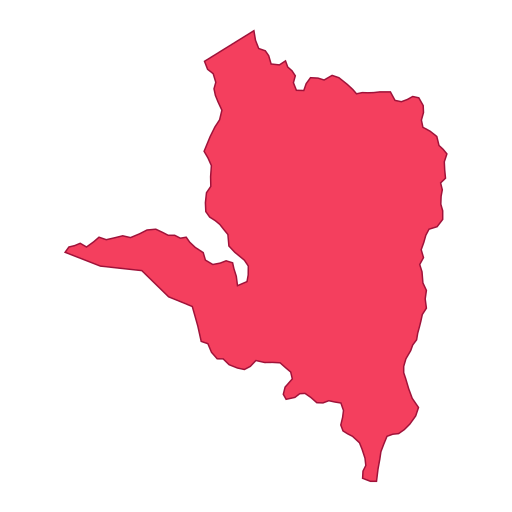 the district of Braço do Norte, Santa Catarina, Brazil
{"feature_id": "56859067B64093274156036", "entity_name": "Braço do Norte", "entity_type": "district", "adm_level": 2, "iso_a3": "BRA", "parent_name": "Brazil", "parent_adm1": "Santa Catarina", "projection": "mercator", "projection_center": [-49.147, -28.249], "detail": "fine", "context": "isolated", "style": "filled", "palette": "rose", "viewbox_px": 512, "rotation_deg": 0, "n_neighbors": 0, "source": "geoboundaries", "source_scale": "gbopen_adm2", "svg_char_len": 2440}
<svg xmlns="http://www.w3.org/2000/svg" viewBox="0 0 512 512"><path d="M422.9,127.3L421.4,120.1L423.5,112.5L423.2,105.6L418.8,97.8L412.7,96.5L407.3,99.5L401.4,101.7L395.0,100.4L390.4,91.9L379.8,91.9L373.6,92.6L367.9,92.8L362.3,92.6L356.5,93.8L352.8,89.5L347.3,84.4L338.9,77.7L332.1,75.4L324.1,80.0L318.0,78.1L310.5,77.7L306.2,83.6L303.8,90.5L296.4,90.3L293.4,82.7L295.3,75.8L292.0,70.8L287.7,67.0L285.5,60.9L279.4,64.9L271.1,64.0L268.7,55.7L265.3,50.8L258.7,48.5L255.5,40.3L253.9,30.7L204.5,61.3L207.6,69.3L213.2,73.7L215.8,82.3L214.0,88.8L215.4,95.4L218.0,101.8L221.9,110.2L219.6,119.8L214.9,127.0L210.2,136.5L204.1,151.3L208.0,158.0L211.4,165.6L210.6,176.7L210.8,186.4L206.5,192.7L205.4,202.7L205.8,211.6L209.7,217.1L215.2,220.6L219.8,224.4L223.9,229.6L227.9,234.5L228.9,246.0L234.8,252.3L239.2,255.9L244.4,260.2L248.3,266.0L248.2,275.0L247.0,281.6L237.5,285.7L236.3,276.3L233.9,268.7L232.6,262.8L226.1,260.8L220.2,263.1L212.8,264.5L205.4,260.1L203.2,252.6L195.2,247.4L189.7,242.2L186.2,237.2L180.4,238.2L174.7,235.3L168.2,235.3L163.0,232.6L155.8,229.2L147.0,230.0L139.6,233.8L130.5,237.6L122.7,235.8L114.6,237.8L106.3,239.7L99.0,237.2L93.7,241.8L86.5,247.0L80.2,243.3L74.7,245.6L68.9,247.0L65.1,252.3L100.4,266.1L141.8,270.6L168.6,296.8L192.3,306.5L197.8,326.0L201.2,341.4L207.9,343.7L211.5,352.3L217.2,358.8L223.2,358.9L229.1,364.7L237.4,368.0L244.4,369.5L250.3,366.4L255.9,360.5L264.7,362.5L272.5,362.4L280.1,362.8L285.6,367.7L290.7,372.0L292.3,378.9L285.1,387.1L283.3,394.3L286.1,399.3L294.9,397.4L299.7,393.7L305.0,393.4L310.8,397.4L316.8,402.7L323.0,402.9L328.8,400.7L334.8,402.0L340.9,403.0L343.5,410.5L342.6,417.4L340.8,425.0L343.0,430.9L347.6,433.8L352.5,436.3L359.5,442.8L362.1,449.3L365.0,458.2L365.8,465.5L363.0,471.1L362.6,478.3L370.4,481.3L376.5,481.3L378.0,469.1L379.8,459.2L380.9,451.7L383.7,444.3L387.0,436.3L392.8,434.2L398.6,433.6L404.3,429.6L409.8,424.1L415.7,415.9L418.5,407.5L412.2,398.3L408.7,388.8L405.7,378.7L403.7,372.7L403.7,366.4L405.9,358.8L410.7,350.6L412.7,345.0L416.6,339.8L417.7,333.2L419.4,327.0L420.9,321.0L422.3,314.5L426.4,308.2L425.2,298.9L426.4,290.4L422.9,282.9L422.0,271.8L419.7,264.5L423.5,257.6L421.2,249.7L423.8,242.4L425.8,235.3L429.0,229.2L437.1,226.7L442.7,219.4L442.7,210.8L440.8,204.2L441.1,196.3L442.3,189.8L440.6,182.9L445.5,178.2L444.7,170.0L444.3,161.8L446.9,153.9L443.2,149.4L439.0,145.5L436.8,136.5L430.1,131.2L422.9,127.3Z" fill="#f43f5e" stroke="#9f1239" stroke-width="1.5"/></svg>